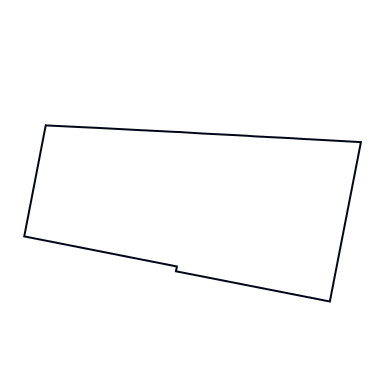 Adair, Oklahoma, United States of America, rotated 281°
{"feature_id": "52423323B59110128996331", "entity_name": "Adair", "entity_type": "district", "adm_level": 2, "iso_a3": "USA", "parent_name": "United States of America", "parent_adm1": "Oklahoma", "projection": "orthographic", "projection_center": [-94.555, 35.9], "detail": "fine", "context": "isolated", "style": "outline", "palette": "ink", "viewbox_px": 384, "rotation_deg": 281, "n_neighbors": 0, "source": "geoboundaries", "source_scale": "gbopen_adm2", "svg_char_len": 626}
<svg xmlns="http://www.w3.org/2000/svg" viewBox="0 0 384 384"><g transform="rotate(281 192 192)"><path d="M229.5,35.7L116.4,35.8L116.1,146.6L116.0,191.4L111.1,191.4L110.8,348.2L273.2,348.3L266.0,296.0L265.7,294.2L263.4,276.3L263.1,274.6L262.6,270.8L260.4,255.8L260.1,253.7L259.7,250.3L259.5,249.6L259.3,248.0L258.4,241.6L257.8,236.1L257.2,231.8L256.2,224.5L251.4,191.0L248.9,171.7L248.9,171.3L248.8,170.6L248.1,165.8L247.9,164.8L246.2,152.9L246.2,152.7L244.3,139.7L243.6,134.3L243.0,130.8L242.6,127.7L236.8,86.2L236.7,85.6L234.6,71.3L230.3,41.5L229.5,35.8L229.5,35.7Z" fill="none" stroke="#020617" stroke-width="2"/></g></svg>